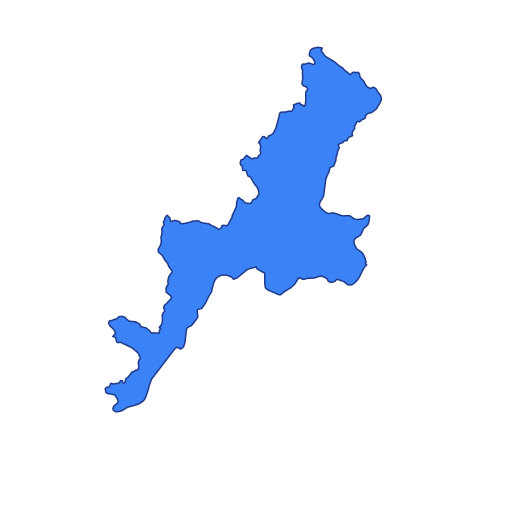 outline of Mandalay, rotated 216°
{"feature_id": "MMR-3267", "entity_name": "Mandalay", "entity_type": "Division", "adm_level": 1, "iso_a3": "MMR", "parent_name": "Myanmar", "parent_adm1": "", "projection": "mercator", "projection_center": [96.206, 21.524], "detail": "fine", "context": "isolated", "style": "filled", "palette": "blue", "viewbox_px": 512, "rotation_deg": 216, "n_neighbors": 0, "source": "natural_earth", "source_scale": "10m", "svg_char_len": 6116}
<svg xmlns="http://www.w3.org/2000/svg" viewBox="0 0 512 512"><g transform="rotate(216 256 256)"><path d="M277.9,47.5L280.7,47.4L281.9,48.1L282.7,50.1L282.7,51.5L281.7,55.4L281.8,56.7L282.3,57.6L283.1,58.4L288.1,60.4L290.4,60.0L294.6,57.7L297.0,57.3L299.9,59.8L299.8,61.4L299.5,62.3L298.2,63.2L297.8,64.1L297.9,65.6L298.5,66.8L298.6,67.5L297.7,68.1L296.6,68.3L293.3,71.4L292.1,73.3L292.0,73.8L292.4,75.2L291.8,76.1L291.0,76.5L289.7,75.6L288.7,75.3L288.1,75.5L287.7,76.2L288.2,78.1L289.2,79.8L288.3,83.0L288.1,89.3L286.8,91.1L286.4,92.6L285.2,93.6L284.9,94.7L285.1,96.1L285.9,97.7L288.6,100.6L289.6,103.0L289.1,104.5L289.9,105.6L294.4,108.3L302.2,108.8L310.6,107.4L312.7,106.8L314.8,106.7L316.2,105.2L317.6,104.5L318.9,105.1L321.4,107.4L322.6,107.5L323.9,106.8L324.5,106.8L324.3,109.4L324.0,110.7L326.9,112.6L328.5,113.1L332.7,113.5L335.5,114.8L336.2,115.6L336.3,117.6L334.8,119.1L331.7,123.7L331.2,126.4L328.8,128.6L327.6,128.7L326.1,129.5L323.5,128.8L320.4,128.7L314.9,131.9L313.7,132.2L309.9,132.5L307.9,131.1L305.7,132.0L305.0,132.0L303.4,133.0L302.7,133.2L298.3,133.0L296.0,132.3L295.4,132.4L289.1,136.6L290.2,138.8L290.5,141.3L291.0,141.5L292.0,141.1L292.3,141.5L292.2,145.1L292.4,146.1L294.0,149.1L297.4,153.5L297.6,154.8L297.5,157.7L298.5,158.9L299.9,159.4L301.0,161.7L301.0,162.9L300.3,165.2L300.2,168.0L299.6,170.6L300.2,173.0L301.4,173.6L307.4,173.9L309.7,176.7L310.2,178.0L310.6,182.0L312.1,183.2L312.9,184.4L314.4,188.0L314.6,191.2L314.3,193.5L314.4,193.9L314.9,194.3L315.8,194.8L320.6,196.3L323.0,198.0L327.9,199.3L331.0,200.9L333.0,201.5L336.6,201.7L338.1,202.5L339.0,203.7L339.6,208.3L340.7,211.5L343.8,215.2L345.5,219.3L348.3,222.8L348.7,224.3L348.6,226.4L348.8,227.5L350.7,228.7L351.1,229.7L351.2,231.8L351.9,232.8L352.1,234.0L352.1,236.0L351.8,236.6L351.3,236.7L347.9,236.1L345.4,234.0L344.5,234.5L342.9,236.9L338.4,238.8L337.2,238.7L336.9,238.2L336.2,237.9L335.2,238.3L332.3,241.0L328.8,245.2L327.8,247.0L323.4,250.5L322.0,250.8L320.5,250.7L319.6,251.0L312.8,254.4L309.9,254.6L305.0,255.5L302.1,255.7L301.7,256.0L301.3,256.6L300.6,258.8L300.7,259.3L301.4,260.4L300.8,261.4L296.9,263.8L298.2,273.5L299.0,274.8L300.9,284.5L303.1,287.8L304.7,292.3L304.2,293.0L303.3,293.3L301.9,293.0L299.6,293.4L296.9,292.6L294.8,293.1L292.5,294.4L291.0,295.9L291.5,299.6L290.9,301.0L290.0,301.9L289.7,303.3L290.2,308.4L294.1,311.7L300.2,313.6L306.6,316.5L307.6,316.6L309.3,316.0L309.9,316.2L314.2,319.2L315.3,318.9L316.9,317.5L318.0,318.3L319.8,320.5L320.4,320.7L321.7,320.6L322.6,321.1L323.8,322.5L324.5,324.4L324.4,325.4L323.3,326.6L323.0,327.5L323.1,329.9L322.7,331.9L317.0,332.1L315.9,332.7L315.4,333.8L312.4,336.3L312.9,338.5L312.1,340.6L312.7,342.0L314.6,343.6L316.7,347.8L317.9,348.2L318.9,349.4L320.4,349.1L320.7,349.6L320.6,353.2L320.8,356.3L320.6,356.7L319.3,357.4L316.0,357.5L315.7,358.3L316.3,359.8L316.3,360.8L314.9,362.6L314.2,366.0L315.2,371.5L319.6,383.0L320.6,384.7L320.7,386.2L319.9,387.4L316.3,390.2L315.1,392.0L312.5,393.9L312.1,394.5L312.7,398.6L314.0,399.5L314.4,400.4L312.0,404.2L310.7,405.4L310.2,405.5L308.4,404.7L307.1,405.6L305.4,405.3L304.9,405.8L305.1,407.4L307.0,410.9L311.7,417.3L312.3,418.9L311.9,420.3L312.2,421.5L314.4,422.4L317.3,421.6L319.8,422.2L320.7,423.4L322.5,427.1L326.2,431.6L327.4,433.6L329.8,435.1L330.9,436.6L331.2,438.0L330.7,439.0L328.4,440.7L327.3,442.8L325.1,443.8L322.9,444.3L321.9,445.0L321.6,445.5L321.5,446.0L322.2,447.3L323.8,448.3L326.3,449.3L328.8,449.5L330.1,449.3L330.8,449.7L331.4,450.4L332.8,454.0L332.9,454.6L332.3,456.8L331.3,458.4L330.3,459.2L328.7,461.2L324.9,463.1L324.1,462.2L324.3,460.9L324.1,460.3L320.4,459.4L318.7,458.6L316.8,458.3L307.1,459.3L301.0,458.7L296.5,459.1L293.9,458.4L288.7,458.3L287.3,457.8L286.7,458.0L285.3,461.9L283.5,462.8L281.7,464.4L280.7,464.6L279.4,464.1L276.8,461.8L271.4,460.7L269.5,459.6L265.9,458.2L262.4,458.7L261.3,459.4L260.9,460.7L260.5,461.2L259.7,461.7L257.4,461.8L256.2,461.5L254.5,460.5L249.8,459.2L247.5,457.5L246.3,455.7L245.7,452.8L245.1,445.7L246.1,441.9L247.1,439.5L249.0,437.5L249.6,435.7L249.8,434.0L248.9,432.4L248.9,431.1L250.4,428.5L251.1,425.6L251.3,425.2L252.4,425.0L253.1,424.3L253.4,423.3L252.7,421.6L252.5,418.7L251.1,417.0L251.0,413.5L250.4,411.6L248.8,410.3L248.7,409.9L250.6,406.7L250.7,405.4L250.2,402.8L252.0,401.4L252.3,400.6L252.3,399.5L252.7,398.4L254.1,396.4L254.8,394.7L254.5,393.9L252.7,392.9L252.2,392.2L251.5,388.7L250.0,385.8L249.2,382.9L247.5,380.1L246.0,374.5L247.7,371.8L248.0,370.6L246.5,367.2L245.4,361.6L244.4,358.6L236.6,344.3L235.7,336.5L235.3,335.6L233.8,333.7L232.4,333.1L228.6,332.4L225.0,332.4L222.8,332.7L221.9,333.3L218.8,336.3L215.3,337.6L210.9,338.8L208.9,339.8L204.3,343.5L202.8,343.8L199.2,343.7L196.7,344.3L195.4,345.1L191.1,349.1L190.2,353.3L189.5,354.7L188.3,355.3L187.6,355.0L186.9,354.1L184.6,349.6L184.0,347.6L184.1,345.3L184.6,343.9L185.0,341.2L183.8,335.2L183.8,333.9L185.7,329.7L186.0,327.1L185.8,325.9L185.2,325.1L182.9,323.0L178.4,320.9L173.6,321.2L171.6,320.9L169.4,320.0L165.8,317.9L163.3,315.7L163.4,314.5L161.2,313.8L161.7,311.9L161.4,307.6L159.9,299.3L159.9,295.0L160.8,290.8L161.6,289.0L164.3,286.9L165.0,286.7L170.0,286.9L176.0,285.1L176.9,284.5L177.3,282.0L178.5,279.9L180.3,278.4L182.7,278.1L185.4,279.4L189.2,278.8L191.3,278.2L192.9,276.6L195.8,272.6L201.8,267.6L203.6,265.2L204.7,264.5L207.1,264.5L207.9,263.2L208.7,263.3L208.1,256.1L209.3,250.3L211.0,246.9L211.0,246.3L212.2,243.4L213.3,239.2L214.7,238.1L226.4,235.5L228.5,235.5L230.0,236.0L233.0,239.2L238.8,247.2L246.7,246.2L248.8,246.6L249.4,247.3L253.8,242.0L255.2,239.5L258.3,227.6L259.7,225.0L260.6,224.0L262.4,224.5L264.5,224.4L267.9,223.4L269.7,222.5L272.3,220.5L274.1,217.8L275.1,214.5L274.8,210.8L272.6,204.4L271.0,201.3L270.4,194.5L269.2,188.7L269.1,182.2L269.5,181.2L270.9,179.5L271.6,178.1L271.5,177.2L267.6,173.0L267.0,171.2L267.1,163.2L267.5,161.3L268.7,159.4L269.4,157.6L269.0,155.5L262.7,144.4L261.2,139.8L262.1,136.6L263.0,136.2L265.1,136.1L266.2,135.5L266.8,134.6L267.1,133.6L268.1,95.1L266.3,88.5L264.5,84.3L262.0,76.0L261.9,74.6L262.0,72.6L263.3,68.5L265.3,65.3L271.0,58.2L273.6,51.9L275.6,49.5L277.9,47.5Z" fill="#3b82f6" stroke="#1e3a8a" stroke-width="1.5"/></g></svg>